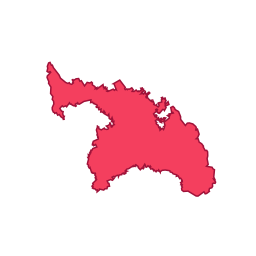 the district of Panchagarh, Rangpur, Bangladesh, rotated 331°
{"feature_id": "16705992B66536058617583", "entity_name": "Panchagarh", "entity_type": "district", "adm_level": 2, "iso_a3": "BGD", "parent_name": "Bangladesh", "parent_adm1": "Rangpur", "projection": "natural_earth1", "projection_center": [88.58, 26.32], "detail": "fine", "context": "isolated", "style": "filled", "palette": "rose", "viewbox_px": 256, "rotation_deg": 331, "n_neighbors": 0, "source": "geoboundaries", "source_scale": "gbopen_adm2", "svg_char_len": 5890}
<svg xmlns="http://www.w3.org/2000/svg" viewBox="0 0 256 256"><g transform="rotate(331 128 128)"><path d="M172.3,220.9L173.7,220.1L174.8,217.8L175.9,217.6L177.3,218.6L178.4,217.8L178.1,214.3L179.0,215.1L179.2,212.5L183.4,206.4L182.5,204.9L182.5,203.1L178.1,199.6L180.5,198.7L182.3,193.2L184.2,191.1L186.1,187.4L186.0,185.7L184.6,185.1L184.6,181.0L185.2,180.5L184.8,177.5L183.4,174.9L184.1,171.4L182.6,170.5L184.3,170.1L187.2,167.9L188.2,162.7L186.5,163.0L186.3,162.5L187.8,160.9L188.0,159.6L186.7,155.9L184.1,153.3L182.2,152.5L179.4,153.6L178.2,145.9L179.5,143.6L180.2,138.1L178.2,134.8L178.4,132.9L177.8,130.9L175.3,130.8L173.8,135.4L174.9,136.1L174.9,136.9L171.0,135.7L171.2,136.8L170.6,137.4L170.2,137.1L170.4,136.3L168.5,136.2L169.5,138.3L169.0,139.3L162.4,140.4L161.6,143.5L161.0,144.2L159.9,144.0L160.0,145.3L158.3,146.6L157.9,144.9L154.9,145.5L155.5,144.0L156.4,144.2L156.4,143.1L156.4,142.5L155.1,142.4L155.8,140.0L154.8,138.7L154.9,137.4L155.8,137.3L155.4,135.0L156.9,134.6L159.9,137.1L160.2,137.9L158.8,138.0L160.0,139.6L160.4,138.6L162.3,139.4L165.8,137.5L164.1,136.4L163.4,136.5L164.2,136.6L163.6,137.3L161.5,137.0L162.2,136.7L161.8,135.5L159.6,135.6L159.0,134.6L159.6,133.7L158.5,133.7L158.0,132.8L158.1,131.7L159.2,131.5L159.1,130.3L157.9,129.7L157.2,130.6L157.2,128.0L160.9,127.1L161.2,125.3L162.4,125.4L162.7,126.3L160.9,127.0L161.5,127.5L161.2,128.5L161.8,129.8L162.6,129.7L162.8,130.4L167.3,128.6L168.3,129.3L168.3,130.4L171.3,128.5L171.2,126.9L175.2,127.3L175.8,124.4L172.0,125.4L172.6,123.8L174.6,122.4L174.2,120.7L174.7,120.9L175.0,119.8L172.6,119.1L173.0,117.9L171.9,117.7L171.8,118.8L172.5,119.5L170.9,119.5L170.1,121.6L166.7,120.8L166.0,123.6L164.6,124.2L164.2,123.6L163.9,122.3L164.5,121.4L163.1,121.6L162.0,119.9L162.7,119.5L163.1,116.8L161.9,116.9L161.3,115.9L162.5,115.3L160.7,114.7L159.8,111.4L160.1,110.1L158.7,110.4L158.7,109.7L159.1,109.1L164.0,108.0L164.0,107.2L163.2,106.7L160.3,107.7L160.4,106.3L159.9,106.3L160.6,104.9L157.9,105.7L157.9,105.0L156.0,104.4L157.6,104.0L157.3,103.4L158.2,103.1L160.3,103.4L160.1,101.9L159.3,101.4L159.8,101.2L159.4,101.0L159.9,99.9L158.5,99.5L158.8,101.3L158.3,100.2L157.9,101.3L155.3,101.5L155.3,100.8L154.1,100.7L153.5,98.7L151.0,99.0L149.4,98.0L151.1,97.1L150.8,94.7L147.9,94.7L147.1,94.0L146.0,94.1L145.9,93.2L144.2,93.1L144.1,92.0L145.3,91.2L144.0,82.1L136.7,82.2L137.2,82.6L136.3,88.9L135.8,88.1L134.3,88.4L133.9,86.8L128.1,86.3L127.6,85.8L128.8,85.7L127.9,84.2L128.7,83.2L127.6,83.4L128.2,81.6L126.6,81.9L127.3,80.9L126.2,80.7L127.2,77.9L119.7,78.9L120.0,78.0L119.1,77.9L120.0,77.5L118.7,77.3L119.2,75.8L117.7,72.9L118.7,71.4L118.4,70.1L116.4,70.1L114.4,68.3L110.4,70.1L110.1,64.0L108.6,63.8L108.8,60.8L106.4,59.8L103.5,60.0L103.3,58.9L102.6,58.9L102.5,61.0L101.7,61.4L102.0,62.1L99.9,62.5L98.7,61.3L98.6,59.9L97.1,59.9L95.6,58.0L93.1,51.7L93.4,48.1L92.0,39.2L92.3,36.3L91.4,36.0L91.6,32.8L90.1,32.6L87.3,35.0L86.8,36.8L84.6,39.2L85.3,40.6L87.3,41.0L87.4,41.8L82.6,43.4L81.7,44.6L81.2,49.2L80.2,50.3L80.4,54.9L77.0,60.3L77.5,64.1L75.6,66.2L75.9,68.4L74.8,71.0L71.6,73.4L70.6,75.4L70.4,78.0L71.2,78.9L71.0,79.7L72.8,79.9L72.7,82.7L74.4,82.9L74.7,85.5L75.9,88.1L75.6,89.1L76.3,89.4L76.9,87.8L78.0,86.9L77.4,86.4L77.7,84.1L79.2,82.2L78.1,81.1L77.8,77.9L80.4,76.9L81.3,76.8L81.6,78.1L84.3,78.5L84.6,79.7L89.0,77.6L89.0,79.2L89.9,79.5L90.3,80.9L91.6,82.6L92.4,82.6L92.7,83.7L93.4,83.6L93.5,81.6L94.9,81.5L95.4,82.3L96.2,81.7L96.3,83.0L97.1,83.6L102.4,83.4L109.2,85.4L107.6,87.7L109.6,88.3L109.6,89.9L110.6,90.3L110.7,91.4L112.0,92.4L111.9,93.6L110.4,94.0L110.4,94.7L112.5,95.9L111.5,96.9L111.4,98.0L113.6,98.4L111.9,100.8L113.1,101.3L113.8,102.8L115.2,101.5L115.4,103.4L114.2,104.0L116.3,107.5L117.8,106.7L116.2,110.6L117.3,112.6L119.1,111.2L118.6,113.7L116.8,114.3L117.1,115.1L118.8,115.4L117.4,116.9L117.6,118.4L115.3,118.1L115.5,118.8L114.4,119.3L113.9,119.0L114.9,115.1L114.4,114.8L113.9,115.8L112.2,116.2L110.0,115.8L110.9,118.5L110.0,119.3L108.8,119.0L107.2,117.7L107.2,116.6L103.7,116.7L102.2,114.5L102.9,112.9L102.2,112.4L102.3,110.8L101.9,112.2L99.4,114.4L98.5,118.0L97.6,118.9L98.0,119.1L97.0,121.4L97.5,121.6L96.7,123.2L91.2,122.8L88.9,125.0L88.7,125.6L89.7,125.7L89.5,126.9L91.7,126.7L91.5,129.5L87.3,128.9L85.2,130.2L84.9,129.5L83.5,130.5L83.5,131.5L82.5,131.2L82.3,132.3L80.9,132.4L81.4,132.8L80.9,133.3L80.5,132.3L79.7,134.3L78.6,134.1L78.6,135.9L74.9,139.8L75.5,141.4L74.8,142.0L74.6,143.7L75.6,144.0L75.0,144.7L75.4,145.1L74.6,149.2L76.1,150.0L75.0,150.0L75.5,150.7L77.4,151.5L77.3,152.4L76.2,152.9L76.5,154.7L75.4,155.3L75.9,156.4L74.9,156.7L75.4,157.9L70.3,159.3L70.3,160.6L68.3,161.4L68.9,162.6L67.8,163.2L68.2,164.1L69.6,165.2L69.9,166.7L71.0,167.1L70.0,168.9L72.7,168.4L73.4,167.6L76.7,170.5L78.3,170.0L80.2,170.9L81.6,169.3L83.6,170.0L84.5,167.2L83.9,166.8L84.1,164.2L87.9,164.7L88.9,166.1L89.8,166.0L91.6,165.2L90.4,164.7L90.2,163.3L92.0,163.3L93.0,164.2L95.7,164.1L96.5,164.9L96.1,165.9L97.6,164.8L99.9,165.8L100.8,165.0L102.0,165.2L102.7,165.4L102.2,166.4L102.8,166.6L104.4,166.4L104.6,165.1L106.2,165.3L105.0,164.1L107.3,163.4L108.7,163.9L113.9,163.6L113.5,164.1L115.2,164.7L116.2,164.1L116.3,165.0L117.2,164.2L118.2,166.5L117.8,167.6L118.5,170.5L120.7,169.8L121.6,171.1L122.5,170.6L122.3,169.4L125.1,167.8L125.1,169.2L124.2,170.2L125.3,171.3L127.2,170.7L127.8,172.7L129.0,172.0L129.1,173.1L128.0,173.4L128.0,175.0L129.6,175.4L129.8,177.7L130.4,177.1L131.3,179.9L132.6,179.2L133.6,180.3L134.5,179.6L134.7,182.4L135.1,181.8L137.4,181.6L140.2,182.8L143.8,185.6L143.6,186.9L145.1,188.5L145.2,189.9L147.9,192.6L146.9,193.7L148.6,194.1L148.7,197.4L149.7,197.4L150.0,200.2L149.6,201.0L149.3,200.4L149.0,201.1L147.5,201.3L147.7,202.7L146.8,203.2L147.8,204.0L146.7,204.7L146.9,206.1L145.7,206.6L145.0,208.4L145.8,210.4L149.9,212.3L154.6,220.5L156.3,221.5L163.5,220.6L163.6,223.0L165.0,223.4L168.5,222.9L168.5,221.9L170.0,220.4L172.3,220.9Z" fill="#f43f5e" stroke="#9f1239" stroke-width="1.5"/></g></svg>